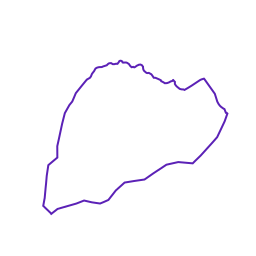 Kobé, Wadi Fira, Chad (Robinson projection), rotated 257°
{"feature_id": "50815135B20529104749764", "entity_name": "Kobé", "entity_type": "district", "adm_level": 2, "iso_a3": "TCD", "parent_name": "Chad", "parent_adm1": "Wadi Fira", "projection": "robinson", "projection_center": [22.719, 15.288], "detail": "fine", "context": "isolated", "style": "outline", "palette": "violet", "viewbox_px": 256, "rotation_deg": 257, "n_neighbors": 0, "source": "geoboundaries", "source_scale": "gbopen_adm2", "svg_char_len": 2502}
<svg xmlns="http://www.w3.org/2000/svg" viewBox="0 0 256 256"><g transform="rotate(257 128 128)"><path d="M120.6,227.5L120.8,226.8L122.1,226.6L124.2,226.3L124.8,226.2L125.3,225.5L127.7,223.4L127.9,223.3L129.1,222.5L129.3,222.4L131.2,221.6L133.8,220.9L134.2,220.9L141.8,220.3L158.5,213.4L159.0,213.1L158.8,210.3L158.5,209.0L154.9,199.4L153.4,194.9L153.0,193.6L152.4,191.6L153.1,190.7L153.3,190.1L153.4,189.5L153.7,188.7L154.3,187.5L154.4,187.4L154.7,187.0L155.0,186.8L156.5,185.6L157.3,185.0L157.9,184.6L158.5,184.3L158.9,184.1L160.3,183.6L161.4,183.8L161.5,183.8L162.3,184.1L164.4,182.9L164.6,182.8L164.6,182.7L163.9,181.9L163.8,180.8L163.8,180.7L163.8,180.0L163.7,179.8L163.6,179.5L163.2,178.1L163.0,176.4L163.0,175.8L163.1,175.3L163.4,173.9L164.5,172.9L165.0,172.3L165.5,171.7L165.8,171.4L166.1,170.9L167.2,170.7L168.8,168.7L170.7,166.1L171.0,165.1L171.2,164.5L171.2,164.4L171.4,164.3L172.8,163.8L173.5,163.5L174.5,163.1L175.1,162.8L177.0,160.7L177.1,160.0L177.1,159.6L177.2,159.1L177.5,158.5L177.6,158.4L178.3,157.8L180.3,156.4L181.7,156.1L183.1,156.2L184.4,156.4L184.5,156.3L186.0,155.7L186.6,155.0L187.1,154.2L187.1,153.6L187.2,152.8L187.1,152.6L186.8,150.9L186.1,149.2L185.8,148.5L185.7,147.7L186.1,147.1L186.4,146.8L186.4,146.7L186.4,145.5L186.4,145.2L186.5,145.1L188.4,143.9L189.4,143.6L190.1,143.3L191.6,141.9L192.1,141.2L192.5,139.9L192.6,139.1L192.8,137.9L193.2,137.4L193.3,137.4L194.1,137.4L194.9,136.6L195.0,136.4L195.3,135.6L195.1,134.6L194.0,133.6L193.9,133.4L193.2,132.5L192.9,132.2L193.0,131.6L193.2,131.2L193.3,131.0L193.3,130.9L193.3,130.4L193.3,128.8L193.7,127.4L194.9,126.3L195.0,126.1L195.1,125.5L195.2,125.2L195.2,124.9L195.3,124.2L195.0,123.2L194.3,122.0L194.0,121.6L193.9,121.4L193.6,117.8L193.6,117.7L193.3,116.3L193.3,116.1L193.8,113.5L193.8,113.4L193.8,113.0L193.8,111.6L193.3,109.8L192.6,109.1L191.0,107.7L189.9,106.3L188.9,105.1L187.5,104.1L186.6,103.5L185.5,102.2L185.4,102.0L184.6,99.3L184.5,99.2L184.5,98.9L184.3,98.6L180.3,93.4L173.7,85.0L169.8,82.2L166.3,79.6L163.6,76.1L156.7,69.8L147.0,64.8L132.9,58.2L126.2,55.0L115.1,52.5L110.4,43.3L109.7,42.0L99.8,38.1L92.1,35.6L88.6,34.4L78.3,31.0L78.1,30.9L77.7,30.7L71.2,27.9L67.0,30.6L66.9,30.7L62.4,33.6L61.6,33.9L65.0,41.2L66.0,60.7L67.2,68.9L63.7,76.1L60.7,83.8L61.3,87.5L62.3,92.7L69.9,102.1L75.6,112.4L75.0,121.7L74.1,132.5L78.2,142.7L83.6,157.2L83.5,169.3L79.0,183.1L81.0,186.3L84.8,192.6L95.4,207.8L99.0,212.8L106.7,218.9L112.8,223.7L119.7,228.1L120.6,227.5Z" fill="none" stroke="#5b21b6" stroke-width="2"/></g></svg>